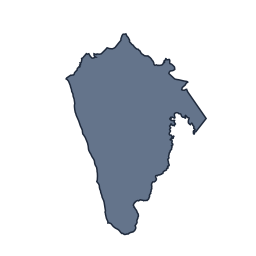 the district of Viotá, Cundinamarca, Colombia, rotated 141°
{"feature_id": "7082276B31089834197292", "entity_name": "Viotá", "entity_type": "district", "adm_level": 2, "iso_a3": "COL", "parent_name": "Colombia", "parent_adm1": "Cundinamarca", "projection": "natural_earth1", "projection_center": [-74.491, 4.439], "detail": "fine", "context": "isolated", "style": "filled", "palette": "slate", "viewbox_px": 256, "rotation_deg": 141, "n_neighbors": 0, "source": "geoboundaries", "source_scale": "gbopen_adm2", "svg_char_len": 5705}
<svg xmlns="http://www.w3.org/2000/svg" viewBox="0 0 256 256"><g transform="rotate(141 128 128)"><path d="M113.5,211.9L113.8,211.7L114.4,211.9L114.6,211.7L115.0,211.8L115.8,211.4L116.8,211.4L118.5,211.0L119.4,211.0L119.9,211.2L120.3,211.2L120.5,211.1L120.8,210.2L123.1,208.4L123.7,208.3L124.3,208.8L124.9,207.3L125.1,207.1L125.6,207.4L126.0,207.4L126.4,206.4L126.8,205.9L127.2,205.8L127.9,206.5L128.8,206.2L129.7,206.2L130.5,205.7L131.3,205.0L133.1,204.9L134.9,204.5L135.7,203.9L136.7,203.5L137.3,203.7L138.1,204.3L138.9,204.6L139.3,205.1L144.2,205.5L145.2,205.1L144.8,204.0L144.7,202.3L144.8,201.6L146.1,197.3L146.7,196.2L147.8,193.3L148.7,191.9L149.3,189.3L150.7,187.1L151.6,184.5L153.5,181.3L153.9,180.6L155.3,179.4L156.2,178.3L157.7,176.0L159.1,173.4L159.4,172.3L160.2,170.5L160.7,168.7L161.8,164.6L163.7,159.5L164.8,155.2L166.3,152.9L166.9,151.7L166.8,150.9L167.2,147.5L168.9,141.8L170.3,139.0L172.1,136.3L172.6,135.1L173.2,132.4L173.3,131.0L173.7,129.8L174.1,127.8L174.3,125.4L174.8,123.6L176.0,121.7L176.7,120.1L177.2,117.2L178.6,114.7L179.2,114.0L180.2,112.2L182.0,109.8L184.5,107.0L186.0,106.0L186.0,103.2L186.4,101.6L187.3,100.2L187.7,99.7L188.5,98.0L188.8,96.6L189.8,95.0L190.7,92.3L191.7,90.4L192.6,86.9L193.3,85.3L197.7,77.7L198.8,77.1L199.1,76.1L199.6,75.5L201.7,71.2L202.4,68.2L203.4,66.8L202.9,66.6L201.8,65.2L201.4,64.4L201.4,60.8L201.0,58.9L200.5,57.5L199.7,55.7L199.4,54.5L199.3,52.8L199.4,51.4L199.1,49.8L198.4,49.5L198.3,49.2L197.9,47.6L197.6,47.5L196.7,46.7L195.6,46.4L194.9,45.7L194.3,45.4L193.3,45.6L192.9,45.4L191.6,45.2L191.1,44.8L190.1,44.6L189.8,44.1L187.4,44.1L185.3,45.0L184.4,46.0L184.0,47.6L180.6,48.7L179.3,50.6L176.9,51.9L176.4,52.5L175.4,52.9L174.9,53.6L174.2,54.7L174.0,56.7L173.6,57.4L173.3,58.6L173.2,61.2L172.9,62.1L173.2,62.6L172.7,63.3L172.5,64.6L171.6,65.2L170.3,65.7L169.9,65.7L169.7,66.0L169.0,65.8L167.9,66.0L167.2,65.9L166.2,65.6L165.6,64.7L164.9,64.7L164.4,64.4L164.0,64.6L163.7,64.5L163.2,64.1L163.0,63.6L161.8,62.3L161.7,61.7L161.1,61.5L159.8,60.4L159.1,60.1L158.7,59.7L158.4,59.9L157.9,59.7L157.4,59.9L156.8,59.8L156.0,60.2L155.5,60.7L154.5,61.0L153.9,62.0L153.3,62.3L153.0,62.7L151.4,62.9L151.0,63.7L150.5,64.1L149.8,64.3L149.0,65.3L148.5,65.7L147.9,65.7L147.2,66.5L147.1,66.9L146.1,67.8L146.0,68.4L145.6,68.6L145.3,69.3L144.2,70.1L142.5,70.5L141.5,69.6L140.2,69.5L138.6,69.9L137.9,70.6L137.4,72.7L136.8,73.2L136.4,73.4L135.9,73.3L135.3,72.4L134.7,72.5L133.7,72.3L132.8,71.5L132.2,71.5L131.2,71.1L130.5,71.2L129.7,70.8L129.4,70.8L128.5,71.6L128.1,71.7L127.5,71.7L126.4,71.8L126.1,71.7L125.6,71.3L124.6,71.2L124.3,71.3L123.7,72.0L123.0,72.2L122.3,71.7L122.0,71.8L121.3,73.3L120.8,73.2L120.3,72.9L119.6,73.0L119.0,73.8L118.7,75.3L118.0,76.0L117.3,77.8L116.8,78.7L115.6,78.7L115.0,79.1L114.7,79.4L114.3,80.5L114.1,80.7L113.4,81.1L111.5,82.7L110.4,82.9L109.9,83.4L109.2,83.9L107.9,83.9L107.6,84.0L106.7,85.0L105.6,85.6L105.3,86.9L104.8,87.0L104.1,86.6L103.4,87.1L103.2,87.9L103.4,88.7L103.1,89.2L102.1,89.8L101.6,90.7L101.7,91.5L102.6,92.0L102.4,92.5L101.2,92.5L100.4,92.9L100.1,92.9L99.9,91.8L99.5,91.6L99.2,91.7L98.4,92.4L97.6,92.7L97.7,93.1L98.6,93.3L99.1,93.7L99.2,94.3L98.9,95.2L99.9,96.3L99.8,97.4L99.0,98.1L97.0,98.8L96.8,99.0L96.7,100.6L96.5,100.8L94.7,101.2L94.6,101.5L94.7,102.8L94.4,103.4L93.4,103.5L92.1,104.1L91.8,103.8L91.7,103.5L92.0,103.0L92.0,102.2L91.5,101.7L90.7,101.4L90.7,100.6L90.4,100.6L89.5,101.4L88.7,101.2L88.6,101.3L88.4,103.5L87.9,104.1L87.0,104.6L87.2,105.0L88.5,105.6L89.1,106.0L89.8,107.6L89.9,108.4L89.8,108.8L89.6,108.9L89.3,108.7L88.9,108.1L88.6,108.1L88.3,109.4L87.9,109.4L86.6,108.4L86.4,107.7L85.6,106.4L85.1,106.4L84.8,106.7L84.2,108.3L83.2,109.6L82.8,109.9L82.0,109.9L81.0,109.6L80.4,109.2L79.7,108.4L79.5,108.0L79.5,107.1L78.3,105.9L78.3,105.3L78.9,103.5L78.8,102.6L78.8,102.2L77.5,100.8L77.4,99.7L77.1,99.5L76.8,99.8L75.8,101.5L75.4,101.6L75.3,101.4L75.1,98.5L74.3,97.6L74.4,97.1L74.8,96.7L75.9,96.2L76.9,95.3L77.6,94.4L77.9,93.6L77.6,91.6L77.5,91.3L76.0,91.6L75.4,91.6L75.4,90.4L75.9,89.4L75.8,87.8L77.1,86.3L77.0,85.7L76.8,85.0L77.0,84.5L77.7,84.3L78.7,84.6L79.3,84.3L80.5,82.7L80.7,82.2L80.5,81.7L80.2,81.7L79.9,81.8L79.0,82.9L78.5,82.8L77.7,82.4L61.3,86.2L58.9,118.3L58.6,119.6L58.4,120.0L58.4,120.7L58.1,121.1L58.4,121.4L59.1,121.7L60.4,121.8L61.6,122.9L62.2,124.0L60.3,125.3L56.6,125.4L54.2,126.3L53.1,126.0L52.7,126.0L52.6,126.3L53.0,127.2L54.9,129.3L58.4,133.8L59.4,134.8L60.6,136.3L60.9,137.0L61.9,144.0L61.9,144.7L60.9,145.4L59.5,145.7L58.8,145.5L57.9,144.8L56.4,144.2L54.9,144.1L54.5,144.3L54.2,145.2L53.7,145.7L53.5,146.2L53.6,147.9L54.0,150.3L54.8,151.5L54.8,152.1L54.7,152.3L53.6,153.5L52.9,154.4L52.8,155.3L52.9,155.5L54.0,155.9L54.9,156.7L54.8,157.7L54.9,158.1L55.1,158.1L56.2,157.3L57.4,157.5L57.7,157.4L58.3,156.9L58.0,156.4L58.2,156.1L58.6,156.0L59.5,156.3L60.5,155.8L61.3,155.7L62.2,155.7L64.1,156.8L64.7,157.5L65.4,157.7L66.1,159.1L67.7,159.8L67.8,161.1L67.0,162.4L66.5,164.2L66.6,165.2L66.4,167.0L66.5,168.9L66.8,169.7L66.8,170.4L67.1,170.7L67.1,171.5L67.8,171.9L69.6,173.6L69.9,174.3L70.0,175.1L70.6,176.6L70.5,177.6L70.8,178.4L70.4,179.3L70.2,180.7L70.6,181.8L70.5,182.7L71.5,183.9L71.9,185.7L71.9,186.5L72.1,187.4L71.9,188.2L72.0,189.6L72.4,190.5L72.4,192.5L72.6,193.4L72.4,194.3L71.9,194.7L71.5,195.4L70.9,198.2L71.0,200.3L70.4,202.5L71.3,202.8L72.5,203.8L73.0,204.0L73.7,203.8L74.6,203.5L77.3,201.8L78.4,200.6L78.8,200.5L82.0,199.9L87.3,198.7L88.4,198.8L90.4,199.4L92.5,201.5L93.8,203.5L96.0,203.1L102.1,202.5L103.9,203.4L105.5,205.1L106.1,205.0L106.6,205.3L107.7,207.1L108.4,206.2L108.8,205.4L108.8,204.5L108.5,203.4L109.2,203.9L110.1,203.9L111.3,204.4L111.9,204.9L112.1,205.6L112.1,208.3L111.7,210.4L113.0,210.9L113.5,211.9Z" fill="#64748b" stroke="#1e293b" stroke-width="1.5"/></g></svg>